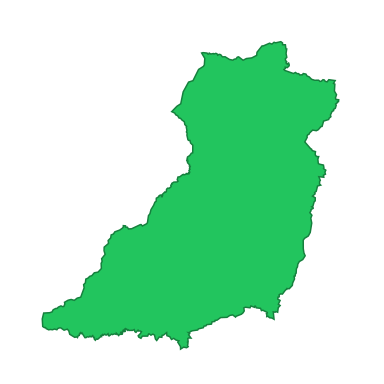 Lan Sak, Uthai Thani, Thailand, rotated 275°
{"feature_id": "78962969B44597518735554", "entity_name": "Lan Sak", "entity_type": "district", "adm_level": 2, "iso_a3": "THA", "parent_name": "Thailand", "parent_adm1": "Uthai Thani", "projection": "orthographic", "projection_center": [99.474, 15.557], "detail": "fine", "context": "isolated", "style": "filled", "palette": "green", "viewbox_px": 384, "rotation_deg": 275, "n_neighbors": 0, "source": "geoboundaries", "source_scale": "gbopen_adm2", "svg_char_len": 5912}
<svg xmlns="http://www.w3.org/2000/svg" viewBox="0 0 384 384"><g transform="rotate(275 192 192)"><path d="M138.3,310.3L141.1,308.8L145.2,307.8L153.7,307.0L155.7,308.2L158.3,311.7L162.0,313.3L171.5,314.0L176.3,312.6L179.3,313.5L181.7,311.2L183.7,312.2L184.9,312.1L186.2,314.1L186.9,314.0L187.7,312.6L188.4,313.7L192.8,314.5L193.9,315.5L197.0,315.3L198.4,312.4L200.9,314.8L202.1,314.2L203.5,315.7L208.9,316.5L210.1,319.6L211.0,318.4L213.6,318.2L214.8,318.8L218.3,317.0L218.2,322.0L220.2,321.5L221.4,323.4L223.3,322.7L225.4,323.4L226.7,321.0L227.7,321.3L230.3,320.6L230.9,316.2L231.6,315.3L235.7,314.5L238.3,315.1L238.2,313.3L239.1,311.9L240.5,311.4L243.0,311.5L243.7,308.2L245.2,307.3L245.4,306.5L251.7,300.0L256.5,302.0L257.6,301.7L259.0,302.2L259.7,303.5L261.2,304.1L264.2,306.8L263.9,310.5L265.1,312.4L268.3,314.7L268.7,315.9L274.1,316.9L276.1,321.8L277.5,322.2L279.1,323.8L280.8,323.2L284.4,324.5L285.4,326.0L286.6,325.8L287.9,327.5L291.0,328.1L292.2,327.4L293.8,329.2L294.7,329.1L294.9,330.1L296.7,330.1L296.8,327.3L298.2,326.7L301.5,327.5L304.9,325.1L311.9,324.9L312.5,323.5L315.5,324.9L315.8,318.5L313.5,317.0L313.8,315.1L315.1,314.1L315.3,312.7L313.6,311.1L313.3,309.8L314.4,308.4L314.0,304.5L314.7,301.3L316.9,298.7L317.6,296.5L319.4,295.2L319.7,292.5L318.4,291.7L318.0,289.1L319.2,288.0L319.1,286.2L320.1,284.7L318.9,282.7L321.2,273.8L322.1,272.9L323.2,274.2L324.4,274.0L324.2,276.1L326.2,277.8L327.4,277.7L328.9,277.0L328.3,275.9L327.7,275.9L328.2,274.8L329.2,274.4L330.2,274.9L331.2,273.7L332.8,273.4L334.4,274.7L338.3,273.6L342.7,273.9L342.7,273.2L343.5,272.9L346.8,272.2L346.6,269.4L348.4,269.2L349.5,267.4L347.9,262.3L348.3,260.7L346.3,258.7L347.0,256.3L343.8,250.4L343.6,249.0L336.9,244.6L333.7,244.5L330.8,239.8L329.7,234.6L327.7,231.4L330.7,226.7L330.3,225.4L328.4,224.2L328.0,222.5L326.9,221.2L327.3,217.8L329.6,213.2L329.3,210.5L331.3,208.6L331.5,207.0L330.5,205.7L331.8,204.9L332.2,203.7L331.4,201.8L331.8,201.2L331.1,198.7L331.8,197.2L331.3,197.2L330.7,196.0L331.7,194.9L331.8,190.8L331.3,189.5L326.2,193.1L319.6,193.2L318.1,192.4L314.7,187.9L303.0,183.3L301.2,179.0L291.0,174.5L278.9,173.1L276.1,169.5L270.3,164.8L269.1,168.0L267.5,169.0L266.7,171.1L264.6,172.6L264.4,174.2L262.9,175.6L261.4,178.2L258.5,179.0L257.0,180.9L256.3,180.6L252.8,181.6L251.3,181.2L250.3,182.0L248.1,182.0L243.7,183.4L243.1,184.1L243.2,185.4L240.7,186.3L238.7,188.7L231.1,189.3L230.6,188.0L228.1,186.5L226.5,184.5L224.5,184.2L224.3,184.7L223.1,184.0L222.1,184.6L222.3,185.2L220.8,185.0L218.8,187.2L217.6,187.1L217.4,188.0L215.4,187.4L214.5,188.0L213.3,187.1L211.6,188.0L210.5,187.6L210.8,187.0L209.8,187.0L210.0,186.1L209.5,185.7L209.9,184.7L209.1,184.3L208.4,182.5L208.8,182.1L208.5,181.2L206.1,178.5L205.7,176.7L202.9,176.2L201.6,177.2L200.7,176.2L200.3,173.1L198.8,171.1L198.2,171.4L196.9,170.3L195.5,170.7L193.7,169.0L193.8,167.6L193.2,166.9L192.4,166.4L190.2,166.4L189.4,165.7L189.7,165.0L186.7,162.4L186.2,163.0L184.7,162.7L184.7,162.0L186.2,162.0L186.2,160.6L185.1,159.3L184.5,159.4L182.7,157.0L179.6,157.1L178.6,155.9L175.5,155.0L170.9,152.7L166.7,152.0L164.7,150.7L157.7,150.3L156.5,149.7L153.8,145.5L155.1,144.2L155.0,143.4L150.1,135.0L149.7,131.9L151.3,130.7L151.2,128.8L152.5,128.7L152.5,126.5L151.0,126.6L150.0,125.9L147.8,123.3L145.6,118.6L143.3,117.4L142.2,115.2L139.1,115.0L136.4,112.7L133.5,113.3L129.4,109.3L125.8,109.5L122.3,110.9L117.7,107.8L115.0,108.5L113.0,107.7L107.9,108.4L104.0,105.4L103.0,101.7L99.9,99.5L99.1,97.5L97.0,95.7L96.0,93.8L92.2,93.7L90.3,92.1L87.1,92.9L77.5,90.3L76.3,86.9L73.8,84.2L74.4,81.0L73.4,78.0L71.0,74.6L69.4,75.1L66.8,74.3L66.5,73.1L67.1,71.4L65.7,68.9L64.3,67.8L64.1,66.4L62.6,64.0L60.3,63.0L59.3,60.5L58.5,54.8L52.5,53.9L45.0,55.0L44.0,56.8L44.2,57.9L43.2,58.6L42.2,61.3L42.7,62.8L42.6,65.0L43.5,67.0L43.0,69.4L44.4,70.3L45.2,72.1L45.2,73.1L43.2,76.6L44.5,79.7L42.9,81.4L39.6,82.6L37.0,87.8L37.6,89.7L37.0,90.6L38.6,91.0L39.3,92.2L40.4,92.1L42.1,93.1L41.1,93.8L42.1,94.6L37.6,98.0L37.7,99.1L38.7,100.3L38.5,101.9L39.5,102.9L38.8,104.1L40.3,105.6L38.7,106.4L38.6,107.4L37.2,107.3L35.9,108.6L37.2,109.5L37.1,110.9L39.8,113.5L40.0,114.4L41.0,113.9L41.3,115.3L41.9,115.0L42.4,115.5L41.7,116.2L42.8,117.5L42.1,118.2L42.1,119.3L43.5,120.7L41.6,121.4L41.4,122.0L43.4,124.2L43.0,125.2L43.9,127.1L43.6,128.8L44.8,128.9L42.6,131.5L43.8,132.1L44.1,134.2L46.0,133.2L46.4,134.5L45.5,135.1L47.8,135.4L47.0,136.6L47.3,137.6L48.2,137.4L47.7,136.2L48.2,135.6L50.2,137.6L50.0,138.1L49.1,137.7L49.4,139.3L48.6,139.7L49.2,140.5L48.6,141.2L49.0,144.9L49.9,146.4L47.9,147.3L47.3,148.4L49.7,150.3L48.8,151.1L49.1,152.1L48.5,153.8L46.6,153.0L44.1,150.9L42.8,151.6L41.8,153.9L44.1,155.1L44.6,160.4L46.8,161.1L46.9,161.8L45.8,163.6L47.0,165.4L46.2,167.1L42.3,168.4L41.0,169.8L44.7,172.0L44.6,174.6L46.6,174.7L47.0,176.1L49.7,179.0L46.7,179.5L45.9,182.5L43.3,184.4L44.6,186.6L43.1,189.0L42.6,191.9L41.2,190.9L37.0,194.0L34.5,194.3L36.7,197.2L36.4,200.2L37.6,201.7L38.7,200.9L40.5,201.2L41.9,200.7L42.0,200.0L42.3,201.2L45.7,200.6L46.3,201.4L46.4,203.7L49.4,201.1L50.8,202.0L51.6,200.8L51.6,201.8L52.8,202.5L53.8,204.5L55.0,209.7L56.2,210.3L57.8,215.1L59.5,215.7L59.8,217.5L61.1,218.2L62.1,222.9L64.4,223.3L65.0,226.0L66.1,226.1L66.5,228.1L69.4,231.5L70.2,237.8L72.3,240.4L73.1,243.2L71.2,246.3L72.0,246.7L74.6,251.9L76.1,253.4L78.1,254.4L81.0,253.7L81.9,255.2L81.7,259.9L83.6,260.6L82.6,264.2L83.7,264.5L83.8,265.1L82.2,266.1L82.1,270.4L79.9,271.5L80.4,272.9L78.6,277.5L77.9,277.6L77.1,276.7L76.4,277.3L74.4,277.3L74.8,278.5L73.5,280.2L73.4,282.6L72.4,284.8L79.7,283.4L79.5,285.3L80.2,286.0L79.7,287.8L84.3,288.0L86.6,289.7L87.7,287.8L91.7,289.2L92.7,286.8L94.7,286.8L95.0,287.9L95.7,288.1L97.1,287.7L98.2,289.0L98.2,291.0L102.9,293.9L103.2,294.9L104.1,294.9L104.1,297.3L107.7,300.1L110.1,300.2L114.3,301.7L117.0,301.0L117.3,302.1L119.7,302.2L120.2,302.8L124.7,302.7L126.6,303.6L129.3,303.7L132.1,305.0L134.3,308.2L138.3,310.3Z" fill="#22c55e" stroke="#15803d" stroke-width="1.5"/></g></svg>